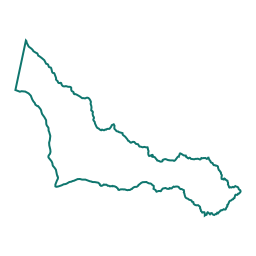 outline of Puerres, Nariño, Colombia, rotated 180°
{"feature_id": "7082276B46740439042483", "entity_name": "Puerres", "entity_type": "district", "adm_level": 2, "iso_a3": "COL", "parent_name": "Colombia", "parent_adm1": "Nariño", "projection": "natural_earth1", "projection_center": [-77.42, 0.8], "detail": "fine", "context": "isolated", "style": "outline", "palette": "teal", "viewbox_px": 256, "rotation_deg": 180, "n_neighbors": 0, "source": "geoboundaries", "source_scale": "gbopen_adm2", "svg_char_len": 5635}
<svg xmlns="http://www.w3.org/2000/svg" viewBox="0 0 256 256"><g transform="rotate(180 128 128)"><path d="M17.3,62.2L16.8,62.8L15.8,63.6L15.4,64.8L15.8,65.8L16.8,66.4L17.3,67.0L17.5,67.8L18.0,68.7L18.9,69.2L20.0,69.5L20.7,69.9L21.1,69.5L21.5,69.4L22.2,68.7L23.3,69.1L24.4,68.5L25.5,68.8L26.3,68.4L26.8,68.6L27.5,70.6L28.1,71.6L27.9,72.5L28.0,73.6L28.6,74.6L28.6,75.3L30.1,76.1L30.7,76.8L31.2,76.7L31.3,77.3L31.6,77.5L32.1,77.3L32.5,76.6L33.2,76.9L34.0,76.9L34.4,77.2L34.5,79.0L34.2,80.2L34.2,80.9L35.0,82.2L35.1,83.6L36.0,84.5L36.3,85.3L37.2,86.0L37.9,88.1L38.1,89.5L38.7,90.0L40.1,90.5L40.6,90.4L41.2,90.9L42.3,90.9L43.1,92.0L43.5,93.0L44.6,93.3L45.2,93.7L45.4,94.6L46.4,95.7L46.7,96.5L47.3,97.5L47.5,98.3L47.9,98.3L48.6,97.3L49.2,97.1L50.6,98.0L51.1,97.9L52.2,98.0L53.2,97.7L54.6,98.0L55.3,96.8L56.0,96.5L57.5,97.1L58.4,97.3L59.3,97.1L60.6,97.1L61.8,96.7L64.9,97.1L65.4,97.4L65.9,98.1L66.3,98.3L67.1,98.0L67.6,97.6L68.3,97.9L68.8,98.6L69.5,98.8L69.8,99.4L70.1,99.5L70.2,100.4L72.3,100.6L74.6,102.1L75.8,102.6L76.1,102.1L76.4,101.9L76.7,100.6L77.2,99.9L77.2,99.4L77.7,99.5L78.3,99.1L80.7,95.9L81.6,95.2L82.2,95.2L82.9,95.6L86.2,95.6L87.1,95.9L87.7,95.8L90.1,96.8L90.9,96.9L92.9,96.3L93.3,95.9L93.2,95.7L93.7,94.7L95.1,94.3L96.0,94.5L96.7,94.9L98.9,95.6L99.1,96.3L99.7,96.8L101.1,98.7L102.5,99.3L102.9,99.1L103.6,99.2L103.7,100.2L103.3,100.8L103.5,101.1L104.2,101.0L105.0,100.2L105.4,100.5L106.8,100.0L107.1,100.3L107.6,101.3L107.7,102.0L107.8,103.4L107.5,104.2L107.6,105.5L107.9,106.0L108.3,108.2L108.5,108.7L109.6,108.6L111.8,109.1L113.3,108.7L115.5,109.4L116.4,109.4L116.7,109.6L117.9,111.7L120.1,112.2L121.7,114.0L123.0,114.2L125.0,113.3L125.3,113.6L125.8,113.7L127.1,115.0L127.9,115.3L128.6,116.6L130.8,119.3L132.9,120.9L133.3,121.4L133.5,122.9L137.1,123.9L137.8,124.5L138.8,124.6L139.7,125.1L140.6,126.3L141.3,126.8L141.7,127.7L141.5,130.3L142.3,131.7L144.2,130.8L144.8,129.4L146.5,127.2L148.8,127.1L150.0,126.3L150.7,126.5L151.7,125.8L152.4,125.8L154.0,126.4L154.4,126.2L154.6,125.8L155.0,125.8L156.0,126.3L157.5,127.6L158.6,128.0L159.6,129.4L160.2,130.8L161.0,132.5L161.3,134.1L162.4,135.5L162.6,136.0L162.7,136.6L162.1,137.7L162.1,138.7L163.0,140.2L163.3,141.4L163.4,142.9L163.1,143.6L163.2,144.2L163.7,144.9L164.4,145.2L164.8,145.7L164.5,148.5L164.7,150.1L165.4,152.1L165.1,154.1L165.7,155.6L166.8,157.3L167.6,158.0L168.5,158.3L169.6,158.2L170.9,157.6L172.9,157.9L173.8,157.8L176.4,159.7L179.2,161.3L180.6,161.9L181.4,161.8L181.9,162.0L182.4,162.8L182.3,163.4L182.7,164.1L184.0,164.8L184.5,165.4L184.8,166.5L184.8,168.3L185.3,168.9L186.2,169.2L187.8,169.2L190.1,169.9L191.1,169.6L192.7,169.7L193.4,170.1L194.0,170.8L194.5,171.6L194.7,172.7L194.9,173.0L195.3,173.2L196.8,172.9L197.5,173.1L198.0,173.8L198.4,174.9L199.5,175.8L200.0,176.6L199.9,177.4L200.0,178.2L201.6,182.5L201.9,182.9L202.9,183.0L203.5,183.4L203.8,183.9L204.8,187.8L205.2,188.4L206.9,188.9L207.3,189.5L207.8,191.1L208.4,191.8L209.9,192.3L211.7,195.8L214.4,198.1L216.7,199.8L217.7,200.3L218.3,201.6L218.5,202.3L219.0,202.8L220.2,203.3L222.7,204.9L223.1,205.8L224.5,207.3L227.3,209.4L229.4,213.5L229.6,214.9L230.1,215.5L240.6,166.0L236.1,164.3L234.4,164.8L231.7,164.5L230.9,164.5L227.4,162.6L225.2,160.3L223.8,156.7L222.6,154.6L221.3,153.1L220.6,151.3L218.6,149.9L217.9,149.9L215.6,147.0L214.9,145.7L214.6,144.2L213.9,142.0L211.6,138.8L209.9,135.8L209.7,131.9L209.2,130.5L208.0,128.9L207.5,128.0L207.4,125.2L207.0,124.6L205.7,120.0L206.2,115.8L206.9,113.3L206.7,110.5L205.7,106.4L205.5,104.2L206.0,102.3L207.3,100.5L207.6,99.7L207.5,98.5L204.4,94.6L203.6,92.7L203.4,91.1L203.1,90.2L201.4,88.2L200.1,86.3L199.1,81.4L198.6,79.8L198.4,79.8L198.2,79.2L198.0,78.4L198.2,77.1L199.1,75.4L200.6,71.5L200.6,69.6L200.0,69.3L199.3,69.2L197.5,69.6L194.3,70.7L192.4,71.7L190.8,71.9L189.5,72.3L186.6,74.0L184.8,74.3L183.3,75.0L182.2,75.2L178.4,76.9L176.1,77.0L173.9,76.4L170.6,76.4L166.3,74.8L164.3,74.4L163.8,74.0L161.0,73.9L157.8,73.3L157.3,73.0L156.9,72.4L156.2,71.9L156.0,70.9L154.9,70.1L154.2,70.4L153.6,70.4L152.1,71.5L151.5,71.2L150.9,71.4L150.3,71.2L149.5,71.3L148.2,70.2L147.3,70.3L146.0,69.6L145.6,69.8L144.1,69.9L143.8,69.7L143.2,70.1L142.7,69.8L141.2,69.7L140.6,69.2L139.6,68.9L139.3,68.4L138.2,67.5L137.7,66.3L136.9,66.0L135.6,66.6L133.0,66.7L132.5,66.5L131.3,66.6L130.3,66.3L129.9,66.1L128.4,65.8L127.3,66.1L126.4,66.0L125.5,66.3L124.8,66.9L124.0,67.1L123.9,67.4L122.4,68.6L121.1,69.1L119.7,69.1L118.9,69.4L117.7,70.4L117.4,71.2L117.0,71.3L114.8,73.1L113.4,73.8L109.5,74.0L108.7,73.4L106.9,72.6L105.5,72.5L104.7,72.1L103.9,71.2L102.3,70.1L102.2,68.5L102.5,67.2L100.4,65.9L99.7,64.5L99.5,64.3L97.5,65.0L96.2,65.0L95.3,64.8L94.9,65.1L94.3,66.3L93.1,67.5L90.4,68.0L88.9,67.2L87.1,67.1L86.7,67.3L86.5,67.9L86.2,68.0L85.0,67.5L84.2,67.7L83.7,68.4L82.4,69.4L81.6,69.1L80.0,69.5L78.8,69.5L77.4,69.1L76.8,68.1L75.5,66.9L74.4,67.0L72.8,66.1L72.2,65.9L71.9,64.5L72.2,63.5L71.7,62.8L71.4,61.2L70.7,59.0L70.2,58.3L69.4,57.7L68.3,57.4L66.9,56.3L64.6,55.6L63.9,54.2L62.7,53.9L62.4,52.3L61.4,51.3L59.8,50.7L57.8,50.8L56.1,49.3L55.8,48.2L55.9,47.5L55.3,46.6L55.0,44.9L54.2,44.3L53.9,43.5L53.5,43.4L52.0,43.9L51.5,43.6L51.2,42.0L51.2,40.5L50.8,40.8L49.5,41.2L48.8,43.1L48.4,43.7L47.8,43.5L46.0,41.7L45.1,42.8L44.2,42.9L43.8,42.2L42.8,41.3L41.8,41.0L40.5,41.9L39.9,41.8L39.3,42.6L38.5,42.5L38.5,43.3L38.2,43.3L37.9,42.9L37.7,43.0L37.0,43.9L36.0,44.7L35.7,45.3L35.4,45.6L34.3,45.6L34.0,46.0L33.3,46.1L32.2,46.8L31.1,46.4L30.5,46.5L30.0,47.2L29.7,48.4L28.7,49.5L28.8,50.9L28.6,51.2L28.0,51.4L26.7,54.5L26.0,55.2L25.0,55.5L23.5,56.7L22.8,56.8L22.4,57.7L21.6,57.9L20.8,60.8L20.3,61.3L18.9,61.1L18.5,61.3L18.0,62.2L17.3,62.2Z" fill="none" stroke="#0f766e" stroke-width="2"/></g></svg>